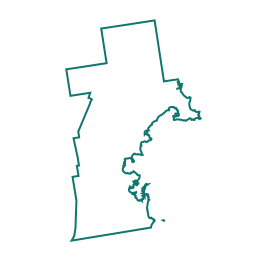 the district of Ceduna, South Australia, Australia, rotated 261°
{"feature_id": "25037944B93610458864606", "entity_name": "Ceduna", "entity_type": "district", "adm_level": 2, "iso_a3": "AUS", "parent_name": "Australia", "parent_adm1": "South Australia", "projection": "orthographic", "projection_center": [133.706, -32.147], "detail": "fine", "context": "isolated", "style": "outline", "palette": "teal", "viewbox_px": 256, "rotation_deg": 261, "n_neighbors": 0, "source": "geoboundaries", "source_scale": "gbopen_adm2", "svg_char_len": 5901}
<svg xmlns="http://www.w3.org/2000/svg" viewBox="0 0 256 256"><g transform="rotate(261 128 128)"><path d="M26.1,135.2L27.3,135.5L29.0,136.4L31.2,138.6L32.2,138.8L32.0,139.6L32.8,139.8L33.2,139.6L33.0,139.0L34.5,138.4L34.9,137.3L35.8,136.9L35.9,136.4L35.5,136.0L35.7,135.3L36.2,134.8L37.4,134.4L41.5,134.3L42.0,134.5L43.3,134.1L43.8,134.4L44.6,134.5L45.6,134.1L52.6,136.4L53.7,137.8L54.6,136.9L55.8,137.2L56.3,137.7L56.7,137.5L56.8,137.0L57.4,136.7L58.4,137.1L58.7,137.5L59.1,137.4L59.5,136.6L59.4,136.0L59.8,136.3L59.9,136.1L59.3,135.5L59.4,134.9L60.8,133.9L61.9,133.7L62.8,133.8L67.8,136.3L68.8,137.0L68.9,137.6L69.2,137.7L68.9,138.4L69.2,138.9L69.2,138.3L69.8,137.7L69.8,136.9L69.0,136.7L68.9,135.9L68.4,135.6L67.8,135.6L67.8,135.1L67.0,134.2L66.9,133.5L66.1,132.9L65.4,132.9L65.5,132.6L64.3,132.6L63.5,132.1L62.7,132.7L61.7,132.3L61.5,132.5L61.4,132.3L61.2,133.3L60.8,133.6L60.0,133.8L59.6,133.1L59.6,133.7L59.6,134.1L59.4,133.1L59.6,132.7L60.2,132.6L59.5,132.6L58.2,133.0L57.8,133.7L57.2,133.6L57.4,133.5L57.1,133.3L57.7,132.2L57.2,132.4L56.1,131.8L55.5,132.0L55.0,131.2L55.3,130.9L54.8,130.6L54.6,130.2L54.2,130.2L55.0,129.7L54.7,129.4L54.9,128.5L54.3,128.2L54.7,127.5L54.6,126.9L55.4,126.1L57.0,125.9L57.4,125.0L58.4,124.4L59.2,124.5L59.6,125.1L60.4,124.8L61.3,123.4L61.3,123.8L62.1,124.1L62.7,125.8L63.4,125.9L63.1,122.8L63.4,121.5L64.8,119.7L65.7,119.5L66.0,119.2L66.8,119.2L67.7,120.0L68.1,119.7L68.6,119.9L68.3,120.7L68.5,121.0L69.4,121.0L69.2,121.2L69.4,121.5L67.9,122.1L68.0,122.4L68.6,122.6L68.9,123.1L68.8,123.6L68.4,124.0L69.9,124.5L71.0,124.4L71.5,124.9L71.3,126.4L70.1,127.7L70.6,128.5L71.6,129.4L71.8,129.1L72.9,129.0L73.8,127.9L74.1,127.2L73.8,126.9L73.9,127.6L73.6,127.9L73.7,127.0L73.3,127.3L73.1,126.7L72.9,126.9L73.1,127.4L72.7,127.3L72.6,127.7L72.2,127.1L71.8,127.3L71.8,126.9L72.3,126.7L72.5,126.1L73.5,125.6L73.1,125.1L73.8,125.4L74.3,124.8L75.0,124.2L74.3,125.0L74.1,125.8L74.4,126.7L75.0,126.0L74.7,126.8L75.0,127.1L74.5,128.7L74.6,129.4L77.0,131.6L79.5,132.1L79.9,130.1L81.6,129.4L82.3,128.4L83.3,127.8L83.5,127.2L84.4,126.7L83.3,125.1L83.2,124.7L83.5,124.0L82.7,123.3L82.5,122.4L83.7,120.6L83.3,119.9L83.9,118.4L85.6,116.8L86.8,116.3L88.9,116.5L90.1,117.7L91.2,117.4L91.2,118.0L92.0,118.3L91.6,119.1L92.6,119.3L92.5,118.9L93.7,118.4L94.9,118.9L95.3,119.5L95.1,119.8L96.4,120.2L97.2,119.8L97.5,120.0L98.1,120.4L98.0,120.9L98.2,121.4L97.8,123.0L98.1,124.4L97.9,125.6L97.3,126.3L95.6,127.1L94.3,126.8L93.5,127.4L93.6,128.2L94.3,128.8L96.5,127.9L97.1,127.3L98.6,127.0L100.0,128.0L101.4,129.4L101.7,130.5L101.2,131.3L100.8,131.4L100.5,132.3L100.7,133.8L100.0,134.9L99.9,136.4L99.2,137.0L99.2,138.2L100.6,137.6L102.4,137.4L102.9,137.1L104.9,136.8L106.1,137.0L106.6,137.4L107.7,137.4L108.5,138.4L108.2,139.1L109.6,138.0L111.4,138.8L111.9,139.5L111.8,140.7L112.3,142.2L111.8,143.4L111.3,143.6L111.2,144.3L111.5,145.4L112.6,146.8L112.4,148.2L112.8,148.6L112.8,149.0L113.5,149.5L114.1,149.4L114.5,148.3L115.3,147.8L116.1,147.6L117.0,147.8L117.8,147.5L118.2,146.9L118.1,146.7L118.4,146.4L118.3,146.1L119.5,145.7L119.0,145.2L119.5,143.8L119.2,143.5L120.5,143.6L121.6,144.0L122.2,144.7L122.5,145.7L121.3,146.1L121.1,146.5L122.2,146.6L122.3,147.3L122.8,147.7L122.7,148.1L123.8,147.7L125.0,148.2L125.7,149.4L126.7,150.3L127.6,152.3L128.7,152.3L129.1,152.7L130.3,154.7L130.8,157.4L131.2,157.4L131.4,158.0L132.3,158.3L134.2,159.7L135.6,162.3L135.8,163.4L137.3,165.8L137.6,166.8L138.8,167.8L139.3,169.7L139.0,171.1L139.3,171.5L140.1,171.2L141.0,171.3L141.9,172.7L142.0,174.7L141.8,175.3L141.4,175.5L141.6,176.4L141.2,177.0L140.4,177.2L140.5,177.7L139.9,178.4L139.9,178.7L139.2,178.6L138.8,179.1L138.7,178.9L137.8,179.3L137.6,179.8L136.8,179.9L136.9,180.1L136.7,179.9L136.5,180.1L136.1,180.0L135.2,179.4L134.4,180.3L134.1,180.3L134.6,179.5L134.3,179.1L134.0,180.1L132.9,180.2L132.9,179.8L132.5,179.8L131.9,179.2L132.2,178.6L132.9,178.4L132.6,177.8L133.7,177.8L133.5,177.3L134.2,177.2L134.6,177.3L134.5,177.7L134.8,177.4L134.5,176.9L133.1,176.7L132.5,177.0L133.4,177.3L133.1,177.5L132.2,177.0L132.1,176.6L132.5,176.8L132.7,176.5L132.5,176.4L132.9,176.5L132.2,176.1L131.8,175.3L132.7,175.1L132.9,175.5L132.8,174.9L132.3,174.6L132.6,174.7L133.0,175.2L132.8,174.7L133.5,174.8L132.3,174.5L130.3,174.9L129.4,174.5L128.7,174.7L128.8,178.7L128.3,180.1L128.0,180.3L128.0,181.7L126.9,183.4L127.0,183.7L126.6,184.4L126.8,184.9L126.6,185.8L126.1,186.3L128.0,190.4L127.5,191.5L126.8,191.6L126.1,192.1L126.4,193.2L126.2,193.6L125.6,194.1L125.6,194.9L126.5,195.1L127.1,197.0L127.0,198.9L126.6,199.4L126.0,199.5L125.8,200.1L125.8,201.1L126.1,201.3L126.4,201.2L126.9,199.7L127.5,199.4L128.0,199.5L128.7,200.3L129.4,199.7L129.5,199.9L130.2,199.5L130.9,200.3L132.9,201.1L133.1,200.3L132.8,199.9L132.8,199.2L133.3,197.8L133.9,197.2L135.2,196.7L134.7,195.9L135.0,195.1L136.8,192.8L137.4,192.5L141.0,192.2L142.5,192.4L143.9,192.8L145.7,193.9L148.2,194.5L148.9,193.6L148.4,192.8L148.5,192.4L148.2,191.5L148.8,190.6L150.0,189.7L150.9,188.6L153.2,187.3L154.6,186.9L155.3,186.0L157.0,185.9L158.4,186.3L161.8,187.9L163.0,188.1L163.1,187.1L162.4,187.3L162.0,186.8L161.3,186.6L160.5,185.8L159.2,185.4L159.2,183.2L158.7,182.6L158.2,182.5L158.7,182.5L159.3,183.1L159.4,185.3L161.1,185.9L162.3,185.6L162.4,185.8L162.3,186.0L161.1,186.2L162.1,186.6L162.5,187.1L162.5,186.5L163.1,185.7L162.7,185.9L162.3,185.4L162.2,185.2L162.7,185.2L162.6,185.5L162.8,185.9L163.1,185.6L163.9,185.4L163.8,185.0L164.1,185.2L164.7,184.7L164.8,185.1L165.1,184.9L165.2,184.5L165.7,184.3L165.8,184.5L165.3,184.7L164.8,185.5L164.0,185.7L166.2,185.5L168.3,185.0L168.4,170.8L230.1,171.1L230.4,117.1L195.4,117.0L195.6,76.2L168.8,76.2L168.7,96.2L163.9,93.7L163.4,95.0L161.8,96.7L159.0,94.5L158.1,94.3L132.2,78.3L126.4,78.3L126.4,72.6L106.8,73.7L98.6,73.7L98.6,71.6L88.4,71.6L88.4,65.6L64.3,65.7L37.1,60.4L29.8,58.0L25.6,54.7L26.1,135.2ZM31.0,149.2L31.5,148.4L31.4,148.1L30.8,149.1L31.0,149.2Z" fill="none" stroke="#0f766e" stroke-width="2"/></g></svg>